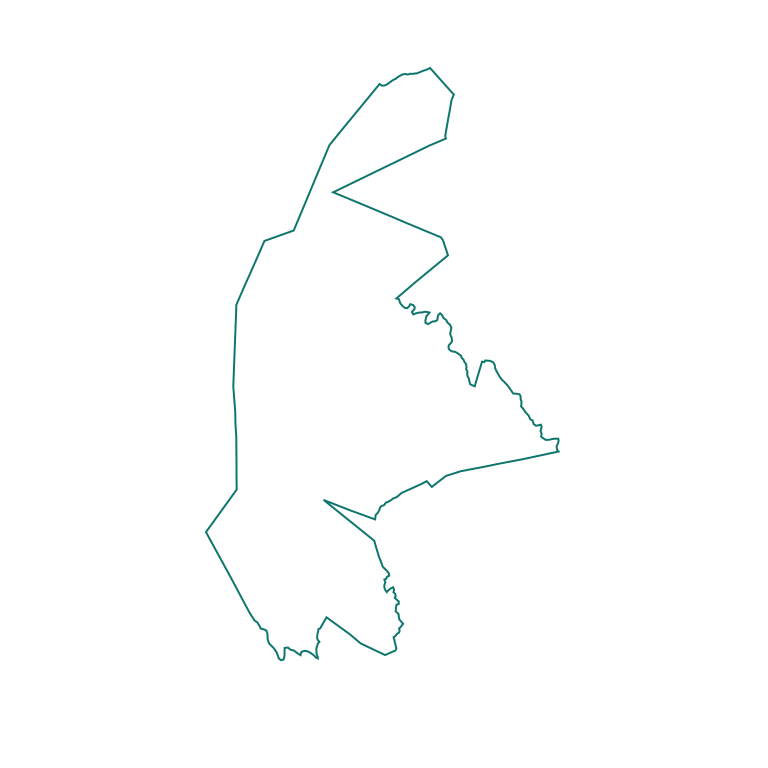 outline of Granja, Ceará, Brazil, rotated 305°
{"feature_id": "56859067B39466543976812", "entity_name": "Granja", "entity_type": "district", "adm_level": 2, "iso_a3": "BRA", "parent_name": "Brazil", "parent_adm1": "Ceará", "projection": "natural_earth1", "projection_center": [-40.989, -3.264], "detail": "fine", "context": "isolated", "style": "outline", "palette": "teal", "viewbox_px": 768, "rotation_deg": 305, "n_neighbors": 0, "source": "geoboundaries", "source_scale": "gbopen_adm2", "svg_char_len": 3944}
<svg xmlns="http://www.w3.org/2000/svg" viewBox="0 0 768 768"><g transform="rotate(305 384 384)"><path d="M172.1,546.2L174.5,545.8L182.1,537.1L184.2,538.0L186.8,537.9L189.0,538.9L190.8,538.4L192.3,536.6L194.4,537.0L198.5,537.2L199.2,534.6L199.9,531.7L201.8,529.6L203.9,527.9L204.4,524.1L208.1,521.8L210.4,520.9L212.2,522.2L214.3,520.9L214.9,515.5L216.8,515.3L218.6,513.5L218.8,511.3L221.4,510.2L222.7,507.9L219.9,506.6L217.8,506.0L215.1,505.6L216.0,503.3L217.2,501.3L219.3,499.7L222.1,499.0L224.1,496.4L225.7,497.6L227.5,497.0L229.9,498.2L231.6,496.5L232.5,494.2L233.0,491.1L233.6,487.7L235.3,485.5L237.3,482.5L239.2,479.5L245.0,472.1L250.0,465.9L252.6,427.8L254.4,401.0L261.0,428.4L268.0,454.4L269.7,453.5L272.0,452.3L275.4,452.8L278.6,452.3L280.8,451.6L282.7,452.0L284.9,453.6L287.8,453.5L289.4,454.8L293.5,456.6L295.6,457.2L298.8,459.4L301.8,460.1L304.9,460.9L323.7,472.1L328.9,474.7L327.1,482.2L342.5,486.9L344.4,487.6L356.8,497.1L359.9,500.2L363.4,503.5L369.8,509.8L380.9,520.4L383.2,522.5L402.0,540.8L428.8,565.7L429.3,563.7L430.7,562.2L432.3,561.0L435.1,560.6L437.5,559.7L439.1,558.2L438.0,556.4L436.4,554.4L435.0,553.0L433.0,551.2L431.0,548.6L430.9,545.5L431.0,543.0L433.8,541.5L435.4,539.1L437.4,538.4L439.4,537.7L440.6,535.8L439.0,534.4L437.0,532.5L437.0,529.7L438.3,528.0L439.4,526.6L439.0,524.1L441.1,520.5L441.7,517.7L442.1,515.7L443.6,512.1L444.3,509.1L446.0,508.3L448.6,506.6L449.9,504.7L452.3,502.9L453.3,501.0L452.0,498.1L450.3,495.3L451.0,493.4L453.5,486.8L454.2,483.7L454.9,480.0L455.2,477.7L456.4,474.4L458.0,471.0L459.5,467.9L460.7,466.0L463.3,463.5L464.4,460.9L463.9,457.9L461.4,453.5L459.5,453.6L458.5,451.5L434.1,459.6L433.2,454.9L435.4,452.2L437.2,450.3L438.2,448.2L439.9,446.4L442.1,445.2L443.3,442.7L445.1,442.0L447.3,439.9L448.3,437.1L449.6,435.1L449.9,432.8L451.3,431.0L451.4,428.6L451.4,426.3L451.1,423.7L449.6,420.7L449.6,417.9L450.6,416.1L453.0,414.8L455.5,415.3L458.2,415.1L460.6,413.1L462.0,410.8L463.2,409.2L465.2,408.6L466.8,407.6L468.6,407.1L470.3,404.4L470.8,400.5L472.0,398.5L472.3,394.6L473.8,392.0L474.1,389.4L471.5,388.9L469.6,389.6L467.2,390.9L465.2,390.4L463.1,388.0L460.5,386.7L458.4,385.8L457.8,383.0L459.8,381.5L462.2,380.5L464.1,379.8L466.7,380.2L468.6,380.3L467.7,378.0L466.3,375.6L464.6,374.4L463.3,372.5L461.8,371.0L460.0,369.5L457.8,368.0L459.0,365.6L460.8,365.7L463.0,366.0L464.8,364.8L465.4,362.5L464.4,359.7L461.8,360.0L459.4,359.5L458.3,357.4L458.5,354.6L459.4,351.1L460.5,349.6L462.0,347.6L461.2,345.1L485.3,351.3L526.1,362.6L528.2,359.8L532.6,353.8L534.0,352.0L535.5,350.0L536.8,346.6L534.2,334.8L529.2,312.1L524.4,289.5L515.0,246.5L511.9,232.4L551.1,254.2L574.9,267.5L605.2,284.3L620.5,293.9L622.4,291.8L625.4,290.4L640.6,283.3L644.7,281.5L652.9,277.6L655.5,276.4L661.1,275.2L669.3,240.4L667.4,239.5L664.8,237.8L662.4,236.0L660.0,234.5L657.3,232.8L655.8,230.8L654.4,229.6L653.4,227.8L651.2,226.0L650.3,223.9L648.5,221.8L646.0,220.5L643.4,219.3L640.7,218.5L637.4,216.7L633.8,215.6L630.5,214.3L628.4,212.9L627.1,210.8L627.2,208.3L565.3,203.5L548.3,202.3L510.2,210.6L496.5,213.6L476.4,218.0L457.9,222.0L455.3,220.1L432.6,204.0L427.3,205.1L402.8,210.0L385.6,213.3L363.9,217.7L362.1,219.0L358.9,221.1L295.6,261.9L276.5,277.6L266.0,285.3L256.8,292.7L232.0,310.4L225.4,315.0L213.0,323.9L160.6,323.1L137.3,370.1L121.3,401.6L119.2,405.8L116.1,413.4L116.0,417.2L114.3,421.0L112.9,423.4L114.4,427.2L114.4,429.3L112.8,431.5L107.9,435.4L105.6,438.6L104.5,444.6L103.8,447.0L102.3,450.4L98.8,455.4L98.7,458.0L100.8,459.8L104.4,458.3L110.8,454.0L113.0,456.4L112.7,459.5L114.0,463.3L113.8,466.8L114.0,471.1L117.0,470.0L118.8,471.1L120.4,472.8L121.3,475.2L121.6,477.9L121.5,482.2L120.9,485.2L121.3,487.2L122.8,485.8L124.1,483.8L126.4,481.8L129.1,480.0L131.7,479.3L133.5,478.7L135.7,479.0L136.4,476.4L137.9,474.6L139.6,473.7L141.3,472.8L143.1,472.2L145.5,470.9L147.1,471.9L159.9,470.7L159.4,499.5L158.1,513.7L162.6,540.4L168.3,543.8L172.1,546.2Z" fill="none" stroke="#0f766e" stroke-width="2"/></g></svg>